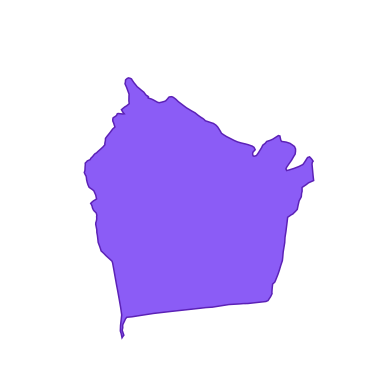 Baladruz, Diyala, Iraq, rotated 336°
{"feature_id": "34846034B64184275342457", "entity_name": "Baladruz", "entity_type": "district", "adm_level": 2, "iso_a3": "IRQ", "parent_name": "Iraq", "parent_adm1": "Diyala", "projection": "mercator", "projection_center": [45.392, 33.561], "detail": "fine", "context": "isolated", "style": "filled", "palette": "violet", "viewbox_px": 384, "rotation_deg": 336, "n_neighbors": 0, "source": "geoboundaries", "source_scale": "gbopen_adm2", "svg_char_len": 3424}
<svg xmlns="http://www.w3.org/2000/svg" viewBox="0 0 384 384"><g transform="rotate(336 192 192)"><path d="M68.8,296.7L70.0,295.9L71.5,295.1L71.8,291.8L72.0,289.9L73.5,287.9L74.5,285.5L75.3,284.6L77.8,282.5L79.8,280.7L81.2,280.1L81.5,279.9L86.4,281.6L96.5,284.3L107.5,287.3L124.4,292.6L133.1,295.4L151.2,301.2L157.6,303.2L163.8,305.5L179.9,309.8L190.0,313.6L193.2,314.7L197.2,316.4L197.4,316.5L215.0,322.1L217.3,322.1L221.2,319.6L223.8,317.4L224.1,316.3L225.9,312.9L228.2,308.9L230.9,308.0L232.3,306.8L232.7,306.4L237.1,302.1L239.8,299.2L243.3,295.1L246.6,291.5L248.2,288.8L250.9,283.9L256.1,276.0L258.5,271.3L261.8,266.2L267.1,257.4L269.1,254.0L273.4,253.2L275.2,253.1L276.7,252.5L278.6,251.8L281.1,250.7L283.8,246.9L286.4,243.5L288.8,241.7L289.9,240.8L291.5,237.9L292.9,236.1L294.4,232.6L299.5,231.7L302.2,231.0L307.8,231.0L309.2,226.5L313.0,215.3L314.0,213.8L315.2,213.1L314.6,210.2L313.7,207.7L311.6,207.5L309.9,208.6L306.9,210.6L304.5,212.0L300.0,212.2L294.4,211.9L289.3,211.3L287.2,210.9L287.2,209.1L288.5,207.9L291.7,205.9L295.8,203.5L299.5,200.8L301.6,199.4L303.1,197.0L304.1,194.8L304.1,192.1L302.8,189.8L301.3,187.4L298.3,184.7L294.4,182.2L294.2,180.9L294.8,177.8L295.1,176.6L293.9,175.6L291.2,176.0L287.3,176.6L284.4,176.6L280.8,176.2L278.7,177.3L275.7,178.0L273.6,179.8L268.3,183.4L265.7,184.9L263.6,184.7L262.6,184.0L262.6,183.1L262.9,181.8L263.8,180.5L265.3,179.8L266.9,179.1L266.9,178.0L266.8,176.4L265.7,174.6L262.4,171.5L260.3,169.8L257.0,167.3L254.0,164.8L251.6,162.2L248.7,158.6L246.0,155.3L244.0,152.3L242.8,150.3L242.7,149.2L242.7,148.5L242.3,145.6L241.9,143.0L241.1,140.7L239.5,138.1L237.7,136.5L235.1,134.1L233.1,132.3L232.7,131.0L231.9,129.4L230.3,127.0L228.6,124.1L227.0,120.9L224.8,118.0L221.1,112.7L216.3,104.0L214.9,100.5L213.5,98.0L212.3,96.7L210.2,96.0L209.3,96.0L207.7,96.9L205.1,98.0L203.6,98.0L200.9,97.6L198.4,97.1L197.1,96.1L195.6,94.1L194.1,92.1L192.7,90.5L190.2,88.3L190.3,87.8L190.6,87.6L190.9,87.4L190.5,86.2L189.8,85.6L189.2,84.1L188.6,81.2L187.7,79.5L187.0,78.1L185.9,75.8L184.7,73.5L184.1,71.0L183.4,68.5L182.9,65.8L182.7,64.1L181.8,63.0L180.4,61.9L179.0,61.9L177.1,62.5L176.8,62.7L175.9,64.4L174.8,65.9L174.8,69.8L174.3,77.0L173.4,78.8L171.4,83.1L170.6,85.7L170.1,85.9L167.3,86.7L165.3,86.9L162.7,87.6L161.0,88.1L161.3,90.9L161.9,93.0L160.3,92.5L156.6,90.3L155.6,90.1L154.3,91.3L153.7,91.5L152.4,91.8L150.2,92.1L149.8,92.5L149.0,93.7L148.5,95.1L148.5,96.9L148.3,98.7L148.0,101.3L145.1,102.2L141.4,104.3L137.1,106.5L134.8,107.8L133.7,109.9L132.1,112.2L131.6,113.4L129.3,114.5L126.7,115.4L122.3,116.8L120.5,117.5L119.3,117.5L117.9,118.0L115.6,119.2L113.2,120.1L112.2,121.0L109.0,121.0L107.8,121.6L106.2,122.2L105.6,123.7L104.6,125.5L103.4,127.9L102.8,129.0L101.5,130.4L101.5,131.4L101.5,132.8L101.7,134.1L101.4,135.8L100.7,137.9L100.2,140.5L99.9,143.1L99.9,144.6L99.9,145.8L100.8,147.4L101.7,148.8L102.8,150.9L102.8,152.6L102.8,155.7L102.0,159.5L100.2,159.8L98.4,160.0L96.3,160.6L94.8,161.2L95.0,162.4L95.0,164.2L94.6,166.0L94.6,168.1L94.9,169.5L95.9,171.9L95.9,172.8L95.6,174.5L94.8,175.8L94.3,177.2L93.5,178.7L92.5,180.0L91.7,180.8L90.9,182.3L89.7,187.6L88.6,190.3L87.9,193.2L86.7,197.1L85.8,199.8L85.5,204.3L85.3,206.6L85.0,208.8L86.5,212.3L87.5,215.1L89.7,220.1L90.8,222.7L90.6,224.6L88.7,232.4L87.6,236.8L85.2,246.5L84.0,251.7L81.8,260.7L79.8,268.6L77.8,275.7L76.2,278.4L72.4,284.9L70.0,289.8L69.7,292.5L68.8,296.7Z" fill="#8b5cf6" stroke="#5b21b6" stroke-width="1.5"/></g></svg>